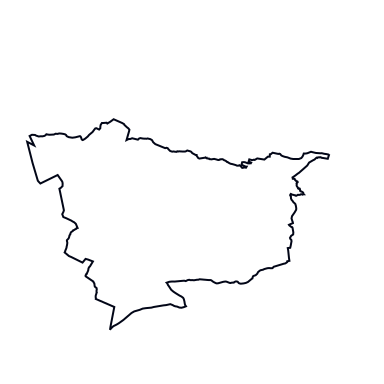 outline of San Nicolás de los Ranchos, Puebla, Mexico, rotated 341°
{"feature_id": "50627088B88938023888271", "entity_name": "San Nicolás de los Ranchos", "entity_type": "district", "adm_level": 2, "iso_a3": "MEX", "parent_name": "Mexico", "parent_adm1": "Puebla", "projection": "albers", "projection_center": [-98.533, 19.087], "detail": "fine", "context": "isolated", "style": "outline", "palette": "ink", "viewbox_px": 384, "rotation_deg": 341, "n_neighbors": 0, "source": "geoboundaries", "source_scale": "gbopen_adm2", "svg_char_len": 5965}
<svg xmlns="http://www.w3.org/2000/svg" viewBox="0 0 384 384"><g transform="rotate(341 192 192)"><path d="M51.9,207.7L54.8,212.5L56.5,214.0L65.5,223.1L69.6,220.6L71.8,222.1L75.7,225.4L71.2,229.2L70.5,229.4L69.3,230.5L68.3,232.4L66.2,234.7L65.6,234.9L65.4,235.1L65.4,235.5L64.7,235.8L64.2,236.2L64.0,237.1L69.6,244.6L69.5,245.3L69.9,246.6L69.4,249.0L69.3,249.8L70.5,251.8L70.2,253.2L69.6,254.2L69.3,255.1L69.2,256.1L68.9,256.2L68.1,257.5L67.3,258.5L66.7,259.9L66.6,260.5L66.6,261.0L66.2,261.8L81.1,275.4L71.2,292.6L69.6,295.6L70.8,294.7L73.9,293.3L77.5,292.8L79.9,292.3L85.3,290.7L95.4,286.7L98.5,286.1L104.3,286.4L107.4,286.2L110.6,286.8L115.9,288.1L118.6,288.3L128.1,289.9L130.7,290.5L135.0,291.0L137.0,292.7L137.6,293.5L138.9,294.6L140.6,295.5L142.4,297.1L144.3,298.0L146.6,298.2L149.1,298.1L148.7,296.5L148.8,295.3L149.2,293.0L149.4,290.7L149.2,289.2L147.9,287.3L146.6,286.0L143.5,282.2L142.0,280.2L140.5,277.7L139.5,273.7L139.0,272.1L138.9,270.5L138.5,269.5L141.2,269.5L142.6,269.8L144.2,270.2L146.3,271.0L155.7,273.3L157.1,274.2L159.2,273.9L160.8,274.1L161.7,274.8L163.9,275.5L165.1,276.1L168.2,276.6L169.3,277.0L170.8,277.0L179.1,280.7L180.8,281.3L181.5,281.8L182.9,283.9L184.7,285.8L185.5,286.4L186.9,286.8L192.3,287.1L194.4,287.5L195.4,288.0L198.0,290.2L198.8,290.6L199.6,290.6L200.9,290.9L202.0,291.3L202.8,290.9L204.2,290.8L205.3,291.2L206.0,291.8L206.6,293.4L207.3,294.0L208.3,294.6L210.9,295.2L213.3,295.5L215.6,295.3L220.3,293.5L221.0,293.4L221.6,292.3L222.6,291.4L225.1,291.4L227.1,290.5L228.3,289.3L230.3,288.5L231.3,288.3L234.0,288.6L235.2,288.4L238.4,288.6L240.1,289.0L241.6,289.7L243.3,290.2L244.9,289.3L255.4,289.7L257.0,289.9L259.2,289.3L259.5,288.5L261.7,288.8L262.2,286.0L263.9,278.7L264.3,276.2L266.7,276.7L267.9,274.8L270.1,270.9L270.3,269.6L269.7,268.4L269.7,267.3L271.5,265.7L273.8,265.1L274.7,263.1L274.9,261.7L275.4,258.6L275.3,257.9L274.7,257.6L274.3,257.0L273.2,255.3L273.0,254.6L275.1,254.4L277.3,254.3L277.5,253.2L277.4,252.1L277.5,249.4L278.7,247.4L282.4,244.7L284.7,242.7L285.3,241.3L285.7,238.9L285.8,237.0L285.3,235.9L284.6,234.8L284.2,233.2L283.6,231.8L283.5,230.3L284.1,228.3L283.8,227.6L283.7,227.3L284.0,226.6L284.8,226.0L285.5,226.7L285.7,227.0L287.2,227.9L287.4,228.1L288.5,228.7L288.6,229.1L288.9,229.3L289.5,229.5L291.2,229.1L291.5,229.2L292.1,229.6L293.4,229.8L294.0,229.6L294.7,229.7L295.6,230.5L296.2,230.4L296.9,230.6L296.7,230.2L296.9,229.5L296.9,228.9L296.7,228.4L296.2,227.7L295.8,227.4L295.3,227.1L295.1,226.5L294.6,226.1L294.9,225.0L295.0,223.9L294.9,223.7L294.5,223.5L294.0,223.8L293.7,223.6L293.5,223.2L293.4,222.9L293.6,222.4L293.2,221.3L293.0,220.3L293.1,219.7L293.5,219.0L293.5,218.2L293.7,217.9L295.1,217.2L295.2,216.9L295.1,216.4L294.9,216.2L294.7,216.0L294.2,215.9L293.8,214.8L293.5,214.5L293.3,213.7L293.3,213.0L291.6,212.3L291.7,211.7L292.0,211.3L291.9,210.9L293.1,210.6L294.5,210.2L295.2,210.0L297.8,209.1L299.4,208.7L309.6,204.5L312.3,202.3L316.7,201.4L318.4,201.2L320.4,200.3L321.3,200.1L321.7,200.6L322.6,200.3L323.4,200.6L323.7,200.6L324.1,200.9L324.7,200.9L324.9,201.2L325.4,201.4L326.0,202.1L326.4,202.2L331.2,204.8L332.5,203.0L334.1,201.0L333.7,201.3L331.4,199.9L329.4,198.9L327.4,197.6L325.8,197.1L321.8,195.4L319.1,193.7L317.6,192.7L313.8,192.9L312.2,192.7L310.2,192.0L309.3,193.2L308.0,194.5L306.4,195.5L303.8,195.6L298.5,193.8L296.1,192.5L293.5,190.3L291.1,188.9L289.2,187.4L288.3,186.4L287.8,184.9L287.0,184.2L286.3,184.2L285.3,183.7L281.0,181.1L278.8,181.9L277.9,181.7L277.0,183.9L275.2,183.3L271.0,184.9L264.6,181.5L261.7,182.1L261.1,181.6L260.1,181.6L259.1,181.4L256.8,179.8L255.5,181.6L257.5,183.5L256.9,184.0L256.1,183.4L255.7,183.7L254.3,183.2L251.9,181.2L250.7,180.6L249.5,180.3L249.1,180.2L247.8,182.2L248.8,183.4L250.2,184.7L251.1,185.5L251.9,185.8L251.0,186.6L249.4,185.8L247.9,185.7L247.3,185.5L246.6,183.8L245.5,182.1L244.4,182.2L243.2,181.8L242.0,180.7L239.3,178.8L237.6,177.8L236.6,176.8L235.9,175.9L235.3,175.3L235.3,175.1L234.7,174.8L234.4,174.0L233.5,173.0L232.6,172.3L232.3,171.6L231.7,171.2L231.3,170.8L230.6,170.7L230.3,170.5L230.0,170.4L229.4,170.5L229.1,170.3L228.6,170.3L228.2,170.5L227.2,170.3L225.4,169.0L223.7,167.9L220.8,167.4L220.0,166.9L219.2,166.6L218.9,165.9L218.6,165.9L217.0,165.0L217.0,164.5L216.6,164.5L216.3,164.3L216.0,163.7L215.6,163.8L209.9,162.8L209.0,162.0L208.2,159.3L208.4,158.5L207.5,158.2L204.9,155.3L204.4,153.9L203.9,153.2L201.0,151.2L199.8,151.5L198.7,151.5L195.3,150.3L193.0,149.3L191.9,149.2L191.3,148.7L190.4,149.0L188.5,148.1L187.9,147.7L186.4,147.4L184.7,146.1L183.5,143.6L183.3,142.7L182.3,141.9L180.9,141.8L172.9,134.8L171.5,132.3L171.1,130.0L169.9,128.5L167.4,126.9L166.6,126.9L164.7,126.2L163.0,125.5L160.7,124.2L159.4,124.2L157.9,124.9L152.9,121.7L150.9,121.8L149.3,121.3L147.0,121.6L152.4,113.9L153.1,112.7L152.5,111.0L151.6,109.7L149.9,106.5L149.9,105.8L148.5,104.1L141.6,97.7L137.8,98.9L134.2,99.7L133.8,98.7L130.7,97.9L129.3,97.4L127.5,98.8L126.8,100.0L126.0,101.9L124.5,102.7L122.4,100.6L121.3,100.4L120.1,101.1L117.5,102.9L113.3,104.5L111.5,105.6L108.3,106.8L106.1,107.3L105.3,107.2L104.8,106.0L104.9,104.9L104.8,103.7L104.6,103.1L104.2,102.7L99.4,102.3L96.5,101.7L93.3,100.0L91.7,98.4L91.5,97.1L90.7,96.1L89.3,95.2L87.2,94.1L85.5,93.4L83.8,93.3L82.0,92.5L80.1,92.7L75.6,91.4L74.1,90.6L73.1,90.0L72.5,90.4L71.7,90.7L70.7,90.9L68.8,90.7L67.2,90.1L65.1,89.6L62.9,87.9L62.2,87.0L59.3,85.8L56.7,86.2L57.9,96.6L52.5,90.9L50.7,112.7L49.9,131.1L50.3,132.2L51.4,134.6L70.5,132.2L72.6,139.5L72.7,140.5L72.4,142.0L71.5,144.3L69.2,145.4L67.7,145.7L65.0,167.0L64.8,167.9L64.3,168.4L63.7,169.2L62.1,170.7L62.2,173.8L64.5,175.8L68.6,179.8L69.5,181.0L70.6,182.1L71.8,184.2L72.1,188.7L71.6,188.6L71.1,188.6L70.7,189.1L69.3,189.2L68.6,189.5L67.0,189.6L66.6,190.1L64.8,190.5L64.3,190.9L63.5,191.6L63.1,192.5L62.5,192.8L62.0,193.2L61.3,194.4L60.6,195.3L59.9,195.9L58.1,196.8L57.8,197.4L57.7,199.0L57.2,200.3L56.3,201.9L55.7,202.8L55.2,203.8L54.4,204.8L53.2,206.1L52.7,206.9L51.9,207.7Z" fill="none" stroke="#020617" stroke-width="2"/></g></svg>